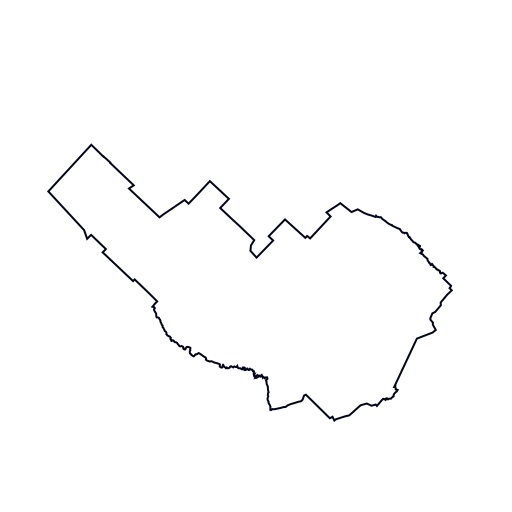 San Alberto, Córdoba, Argentina (Albers equal-area conic projection), rotated 43°
{"feature_id": "61730980B48132302456703", "entity_name": "San Alberto", "entity_type": "district", "adm_level": 2, "iso_a3": "ARG", "parent_name": "Argentina", "parent_adm1": "Córdoba", "projection": "albers", "projection_center": [-65.142, -31.674], "detail": "fine", "context": "isolated", "style": "outline", "palette": "ink", "viewbox_px": 512, "rotation_deg": 43, "n_neighbors": 0, "source": "geoboundaries", "source_scale": "gbopen_adm2", "svg_char_len": 6087}
<svg xmlns="http://www.w3.org/2000/svg" viewBox="0 0 512 512"><g transform="rotate(43 256 256)"><path d="M422.6,147.6L419.5,147.5L419.3,145.6L419.1,144.8L408.2,144.6L408.2,140.7L405.2,140.8L404.0,141.0L403.5,141.3L403.2,142.6L402.7,142.8L402.2,142.8L401.9,142.7L400.9,141.6L400.1,141.6L399.0,142.2L398.5,142.0L398.1,142.0L397.6,142.5L397.2,142.6L395.6,142.2L394.1,142.3L393.5,142.7L393.3,142.2L392.3,142.2L392.0,142.1L391.2,142.3L390.6,141.8L390.3,141.8L390.4,142.3L389.9,143.4L389.4,143.4L388.8,142.8L387.9,142.7L386.9,142.9L386.1,142.4L384.8,142.2L383.9,141.8L383.2,141.1L381.2,141.3L380.4,141.3L379.1,141.5L377.2,141.1L376.3,141.4L375.8,141.3L374.7,141.8L374.2,141.9L374.6,140.4L374.6,139.9L374.2,139.9L374.2,138.2L372.6,138.1L372.6,138.7L372.1,138.6L371.2,139.1L370.3,139.0L369.7,138.6L368.8,138.4L369.7,138.1L369.3,137.0L369.0,136.8L368.4,137.1L367.8,137.1L366.5,137.3L365.5,137.9L363.8,137.7L363.2,137.8L362.1,138.4L360.8,138.5L360.1,138.2L358.0,138.2L357.1,137.8L356.3,137.9L355.5,137.4L354.9,137.9L354.6,137.7L353.2,137.4L352.1,136.8L350.6,136.2L350.2,136.4L349.3,137.4L349.1,138.1L348.5,138.1L347.7,138.5L347.2,139.0L345.3,138.8L342.7,138.2L340.9,139.0L335.4,140.8L334.2,140.7L334.1,141.1L330.9,141.9L328.6,142.2L327.1,142.2L323.6,142.7L320.8,142.5L319.7,143.7L319.0,143.8L318.4,144.5L317.0,144.8L316.4,144.7L316.8,145.9L312.5,147.8L309.2,149.5L305.4,150.9L298.6,152.5L295.9,158.7L281.6,159.9L281.3,161.7L277.8,176.0L283.6,176.2L283.6,206.2L279.7,206.5L279.7,209.1L252.3,209.5L251.8,232.9L258.0,233.0L257.5,256.8L248.4,256.0L245.1,251.7L243.9,245.6L224.4,245.3L212.7,245.4L197.1,245.3L197.2,232.7L171.2,232.7L171.2,251.1L171.0,263.7L165.6,263.7L159.8,289.2L159.1,293.5L117.1,293.3L118.4,287.7L85.8,287.4L85.7,287.0L76.4,287.2L76.4,287.4L59.7,287.0L60.1,350.4L112.6,354.3L120.8,358.6L121.0,353.0L141.5,353.3L141.4,357.9L183.2,358.2L183.2,355.9L203.6,356.2L214.7,356.6L214.6,359.8L214.9,363.7L216.1,362.9L217.6,363.1L217.7,364.4L218.1,364.8L218.8,365.2L220.5,365.8L221.7,366.0L222.4,366.3L224.1,368.1L224.8,368.4L225.4,368.6L226.2,367.8L226.8,367.5L227.2,367.5L228.8,368.1L229.3,368.0L230.1,368.4L230.3,368.7L231.1,369.3L232.2,369.6L233.9,370.5L235.4,370.7L235.8,371.4L236.1,371.6L236.7,371.8L237.7,371.8L238.5,372.3L239.2,372.4L239.5,372.7L240.5,373.1L241.7,372.8L242.2,372.9L243.0,373.4L243.7,374.3L244.4,374.2L244.5,374.3L245.0,374.5L246.2,374.3L246.9,374.2L247.4,373.8L248.3,373.7L248.9,373.9L249.6,373.9L249.7,374.0L249.8,374.9L250.3,375.2L251.3,375.2L252.0,375.8L252.2,375.7L252.3,375.3L252.8,374.6L252.7,374.4L253.2,374.1L255.4,374.4L256.3,373.7L257.4,373.4L259.2,373.8L260.1,373.8L261.1,374.1L261.9,373.9L262.5,373.6L262.9,372.6L264.2,372.2L265.2,372.3L265.3,372.7L266.4,373.4L267.4,373.1L267.8,372.8L268.0,372.5L267.5,371.3L267.4,369.9L267.6,369.4L269.7,368.1L270.8,368.0L271.8,369.5L272.4,370.0L272.5,370.8L273.2,371.5L274.1,372.2L274.5,372.3L275.5,372.1L275.8,372.3L276.3,372.3L278.2,372.1L278.7,372.0L279.0,371.3L279.0,370.2L278.8,369.8L278.8,369.4L278.9,369.0L279.7,368.4L280.2,366.2L280.9,365.9L283.0,365.5L286.1,365.2L287.8,364.7L288.8,364.7L289.4,365.0L289.8,365.8L290.2,366.0L291.6,365.8L291.8,365.8L293.1,365.1L294.2,364.8L294.9,363.6L295.4,363.2L297.6,362.5L298.3,362.4L299.5,361.5L300.3,361.2L300.9,360.8L301.5,360.6L302.1,360.3L303.0,359.9L303.6,360.0L304.1,360.5L304.4,361.1L304.8,361.5L305.5,361.6L306.1,361.5L307.0,361.0L307.2,360.7L307.2,360.3L307.0,359.9L306.1,358.4L306.1,358.0L306.4,358.0L307.8,358.6L308.9,358.7L310.0,358.3L310.5,357.5L310.9,357.6L311.0,358.1L312.3,356.9L312.7,356.1L312.9,355.5L312.6,354.6L312.6,354.1L312.9,353.7L313.2,353.5L314.5,353.3L315.3,353.0L315.3,351.9L315.5,351.5L316.4,351.3L317.5,350.5L317.6,350.2L317.3,349.6L317.3,349.2L318.5,350.0L319.7,350.0L320.9,349.0L321.6,348.7L322.9,348.5L323.5,348.0L323.5,347.6L323.4,347.3L322.7,346.9L322.5,346.6L322.5,346.3L323.5,345.6L324.0,345.4L324.3,345.7L325.4,347.2L325.8,347.0L326.1,346.5L326.3,346.0L326.2,344.7L326.4,344.2L326.7,344.2L327.7,344.5L328.2,344.5L328.6,344.3L328.7,343.5L328.5,342.9L328.5,342.6L329.6,342.6L330.8,341.7L331.7,342.0L332.3,341.8L332.3,341.5L332.5,342.1L332.8,341.9L333.0,341.7L333.5,342.0L334.0,343.1L334.8,343.7L335.1,344.1L335.4,344.1L335.6,344.3L335.7,343.8L336.0,344.5L336.5,344.4L336.7,344.6L336.9,345.0L337.3,345.0L337.6,345.3L338.0,345.1L338.3,345.3L338.3,344.8L338.6,344.8L339.0,344.9L339.0,345.1L339.3,344.7L339.5,344.7L339.6,344.4L339.4,344.2L339.2,343.8L339.6,343.4L339.6,343.1L339.1,342.6L338.5,342.3L338.2,342.5L338.2,342.1L338.9,342.0L339.2,342.3L339.5,342.2L339.7,342.4L340.0,342.2L340.3,342.3L340.5,341.8L340.2,341.2L340.3,340.9L340.7,340.7L340.9,340.8L341.1,340.3L341.3,340.2L341.5,340.7L341.7,340.9L341.8,340.9L341.9,340.2L341.4,339.4L341.4,339.2L342.3,339.6L342.8,339.5L344.0,340.2L344.0,339.9L344.2,339.4L345.8,339.4L345.7,338.4L346.9,337.2L347.9,337.8L348.2,338.2L348.0,339.5L348.3,340.3L348.8,340.3L351.2,342.4L352.1,342.7L353.8,343.5L356.1,345.8L358.1,347.0L358.4,348.2L359.6,349.8L360.5,350.1L360.8,350.4L361.4,352.0L361.7,352.4L362.2,352.9L363.4,353.7L364.4,353.9L365.5,354.9L367.9,355.7L369.3,356.3L370.1,357.4L371.1,357.9L371.2,358.6L371.6,358.8L371.9,358.7L372.1,358.5L372.4,356.8L373.2,356.3L374.0,355.3L374.2,355.2L377.2,351.0L379.1,347.8L380.6,346.3L381.0,343.8L382.2,341.0L384.4,337.3L386.5,333.6L388.0,331.5L388.1,329.7L387.6,328.0L386.9,326.8L386.3,325.2L387.1,323.4L420.7,324.3L421.6,321.4L425.5,322.9L425.8,320.9L430.4,312.7L432.9,308.9L434.3,293.8L437.7,288.3L442.6,286.7L444.9,283.0L446.7,283.2L446.3,275.6L446.4,275.1L446.5,274.5L446.3,274.1L446.4,273.7L447.6,273.0L447.9,272.4L448.0,272.9L448.7,273.0L448.8,272.3L449.3,271.8L449.4,270.9L450.0,271.0L450.3,270.8L450.4,269.9L452.0,268.3L451.9,267.0L452.2,265.7L452.1,265.2L452.3,264.7L451.5,263.9L451.1,262.7L451.0,260.9L451.3,259.1L450.9,257.4L450.2,257.8L449.9,257.8L449.2,258.3L448.3,257.4L447.2,257.0L447.0,256.7L446.8,257.1L446.4,257.5L430.0,206.7L437.4,191.5L437.9,187.5L432.7,185.8L431.8,185.3L430.9,184.1L426.9,183.6L425.9,182.5L424.1,177.6L425.2,174.8L424.8,166.0L422.8,164.1L422.2,153.9L422.6,147.6Z" fill="none" stroke="#020617" stroke-width="2"/></g></svg>